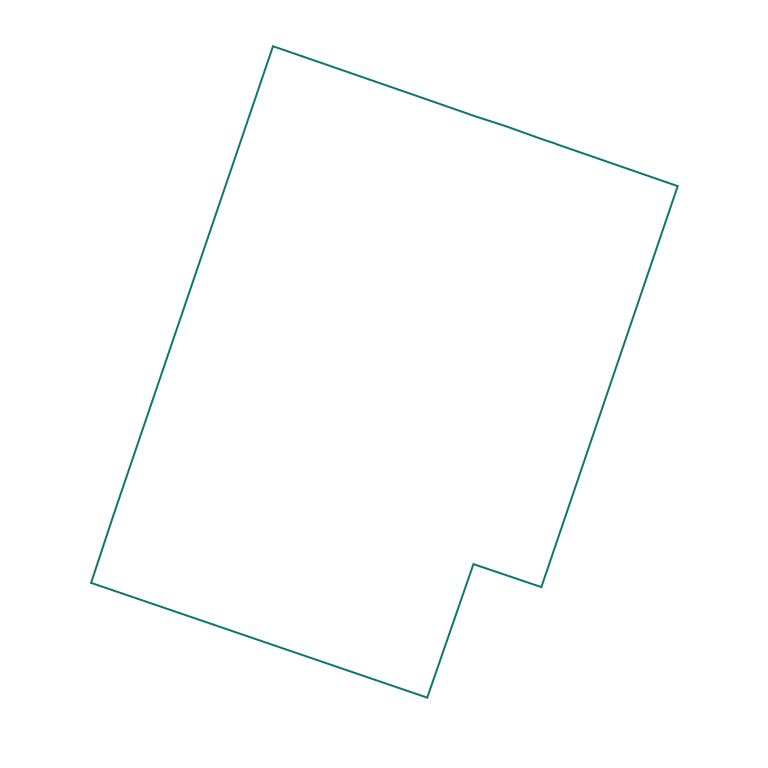 Paulding, Ohio, United States of America, rotated 109°
{"feature_id": "52423323B38130377602201", "entity_name": "Paulding", "entity_type": "district", "adm_level": 2, "iso_a3": "USA", "parent_name": "United States of America", "parent_adm1": "Ohio", "projection": "albers", "projection_center": [-84.657, 41.121], "detail": "fine", "context": "isolated", "style": "outline", "palette": "teal", "viewbox_px": 768, "rotation_deg": 109, "n_neighbors": 0, "source": "geoboundaries", "source_scale": "gbopen_adm2", "svg_char_len": 370}
<svg xmlns="http://www.w3.org/2000/svg" viewBox="0 0 768 768"><g transform="rotate(109 384 384)"><path d="M101.3,170.7L101.3,170.8L101.1,298.7L100.9,299.8L101.1,313.8L100.6,353.0L101.2,384.1L101.0,436.4L100.8,566.1L100.8,598.9L596.7,597.1L667.4,596.2L666.7,311.8L666.5,241.0L525.2,240.8L524.8,169.1L101.3,170.7Z" fill="none" stroke="#0f766e" stroke-width="2"/></g></svg>